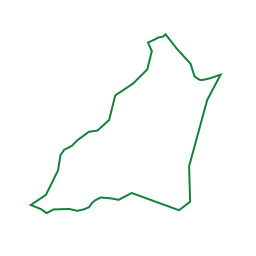 map outline of Maribor (orthographic projection), rotated 281°
{"feature_id": "SVN-256", "entity_name": "Maribor", "entity_type": "Municipality", "adm_level": 1, "iso_a3": "SVN", "parent_name": "Slovenia", "parent_adm1": "", "projection": "orthographic", "projection_center": [15.629, 46.576], "detail": "fine", "context": "isolated", "style": "outline", "palette": "green", "viewbox_px": 256, "rotation_deg": 281, "n_neighbors": 0, "source": "natural_earth", "source_scale": "10m", "svg_char_len": 669}
<svg xmlns="http://www.w3.org/2000/svg" viewBox="0 0 256 256"><g transform="rotate(281 128 128)"><path d="M28.9,64.4L31.8,58.0L33.9,47.3L46.7,60.2L73.0,67.4L88.5,66.9L94.4,69.5L99.8,76.3L106.3,80.6L116.8,90.3L119.6,98.4L132.2,107.9L157.6,109.3L172.5,124.4L189.3,135.8L208.0,136.7L215.7,131.3L220.2,137.7L222.7,140.6L224.3,144.8L227.1,147.0L215.0,161.0L202.9,177.2L191.3,183.5L189.5,187.4L188.9,190.1L189.9,193.3L192.3,198.8L198.0,208.7L170.6,200.4L102.2,195.3L67.5,203.0L57.0,193.8L64.9,144.0L55.7,132.5L55.7,125.2L54.6,114.6L50.6,109.3L47.1,106.8L42.9,104.9L39.8,100.3L37.0,94.0L37.3,85.5L33.8,70.4L28.9,64.4Z" fill="none" stroke="#15803d" stroke-width="2"/></g></svg>